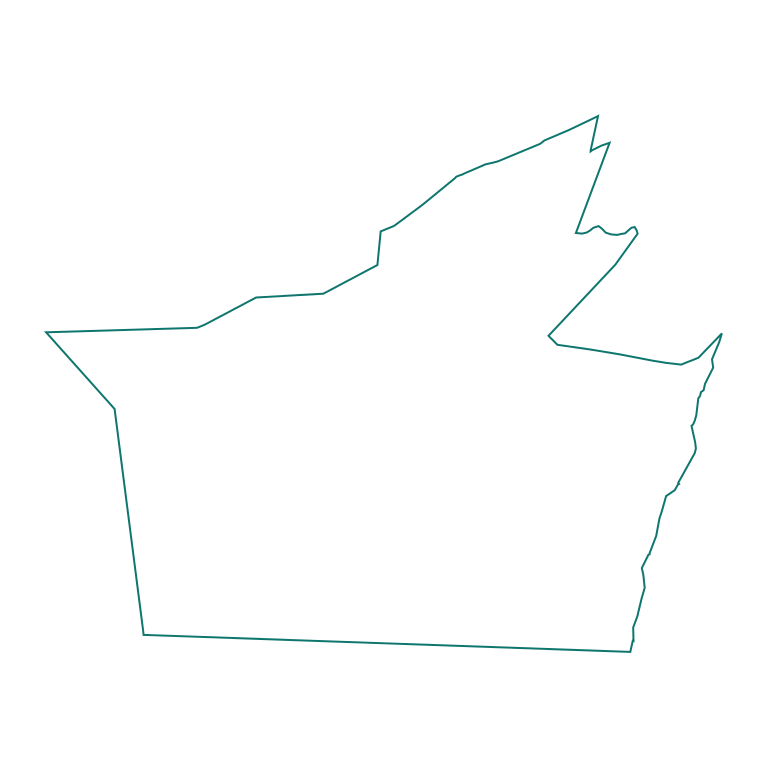 Mártires de Tacubaya, Oaxaca, Mexico
{"feature_id": "50627088B73077765096958", "entity_name": "Mártires de Tacubaya", "entity_type": "district", "adm_level": 2, "iso_a3": "MEX", "parent_name": "Mexico", "parent_adm1": "Oaxaca", "projection": "mercator", "projection_center": [-98.212, 16.55], "detail": "fine", "context": "isolated", "style": "outline", "palette": "teal", "viewbox_px": 768, "rotation_deg": 0, "n_neighbors": 0, "source": "geoboundaries", "source_scale": "gbopen_adm2", "svg_char_len": 1385}
<svg xmlns="http://www.w3.org/2000/svg" viewBox="0 0 768 768"><path d="M46.1,332.3L114.6,409.0L143.1,630.4L143.6,634.9L630.3,651.9L632.8,640.7L633.5,641.0L633.2,627.5L637.3,616.4L641.7,598.1L644.7,587.8L643.3,574.6L641.8,568.1L648.4,554.8L649.6,554.3L649.5,553.5L656.2,535.9L659.5,518.3L661.7,511.7L666.1,496.1L674.8,490.1L678.0,484.4L679.0,484.0L678.2,482.9L694.8,453.0L695.9,448.5L695.1,442.0L691.5,425.9L693.2,424.2L694.7,420.8L696.3,415.2L698.3,398.4L700.1,395.9L700.9,392.2L702.2,391.2L703.3,390.5L703.6,390.2L703.9,388.9L705.0,383.9L713.2,367.6L712.0,359.3L719.1,342.4L721.9,333.4L698.5,357.7L694.3,359.4L689.5,361.3L689.4,361.3L681.2,364.6L674.3,363.8L666.2,362.9L661.5,362.1L660.9,362.0L653.3,360.8L620.5,354.5L590.3,349.5L557.4,344.8L548.5,335.8L615.3,264.7L637.6,233.7L636.7,230.5L634.7,227.1L631.5,227.7L628.6,230.2L625.1,233.3L620.6,234.1L617.1,234.9L611.1,234.4L605.8,232.7L601.8,228.6L598.6,226.1L593.5,227.7L589.6,230.8L586.5,232.6L582.0,233.6L575.9,233.0L609.6,142.8L601.5,145.6L592.2,150.2L590.6,151.4L590.6,150.6L598.0,116.1L591.6,119.2L568.7,130.1L544.5,140.4L540.2,143.8L497.8,161.4L491.5,163.0L485.6,164.3L463.3,173.9L462.2,174.6L460.6,175.0L456.3,176.7L454.8,178.3L422.6,204.7L399.0,222.3L393.9,226.0L380.7,231.4L377.4,265.0L323.3,293.7L256.1,297.5L204.3,324.9L197.1,327.8L190.8,328.0L107.1,330.5L46.1,332.3Z" fill="none" stroke="#0f766e" stroke-width="2"/></svg>